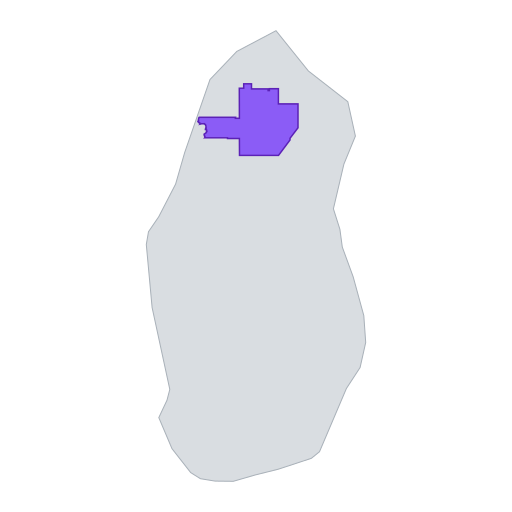 76, Al Khawr, Qatar (highlighted)
{"feature_id": "91078587B47360643234421", "entity_name": "76", "entity_type": "district", "adm_level": 2, "iso_a3": "QAT", "parent_name": "Qatar", "parent_adm1": "Al Khawr", "projection": "albers", "projection_center": [51.019, 25.84], "detail": "fine", "context": "in_parent", "style": "filled", "palette": "violet", "viewbox_px": 512, "rotation_deg": 0, "n_neighbors": 0, "source": "geoboundaries", "source_scale": "gbopen_adm2", "svg_char_len": 2087}
<svg xmlns="http://www.w3.org/2000/svg" viewBox="0 0 512 512"><path d="M278.3,469.2L255.1,475.0L233.3,481.3L215.1,481.1L200.4,478.7L190.7,472.6L172.0,448.7L158.8,417.6L167.0,400.2L169.8,389.4L152.1,307.5L146.3,244.5L148.5,231.7L158.7,216.8L175.6,184.1L184.7,152.5L210.0,79.5L236.8,51.4L276.0,30.7L308.4,71.0L347.8,101.7L355.4,136.1L343.9,164.1L333.4,208.8L339.9,229.3L342.3,247.1L353.2,276.9L363.8,315.6L365.7,342.5L360.1,367.5L346.4,388.5L319.5,451.7L311.4,458.3L278.3,469.2Z" fill="#d9dde1" stroke="#a8b0b8" stroke-width="1"/><path d="M298.0,103.9L289.1,103.9L278.4,103.9L278.4,88.7L269.4,88.7L269.4,90.6L268.1,90.6L268.1,88.9L264.4,88.9L251.5,88.9L251.5,83.8L243.7,83.8L243.7,88.2L239.3,88.2L239.4,118.3L235.4,118.3L235.6,117.3L199.3,117.3L199.1,117.4L199.0,117.8L198.9,117.8L198.7,118.0L198.6,118.6L198.6,119.1L198.5,119.5L198.4,119.8L198.5,120.3L198.6,120.5L198.6,121.4L197.9,121.4L197.9,121.5L198.0,121.5L198.6,121.5L198.6,121.8L198.5,122.1L198.5,122.3L198.7,122.6L198.9,122.7L199.6,122.8L199.6,123.0L199.8,123.0L199.9,123.7L200.1,123.8L200.4,123.8L200.5,124.0L200.4,124.1L200.9,124.0L201.6,123.7L203.2,123.8L203.4,123.8L203.5,123.7L204.1,123.7L204.1,123.8L204.3,123.8L204.3,124.0L204.6,124.1L205.0,124.3L205.1,124.5L205.3,124.5L205.4,124.8L205.7,125.0L205.7,125.6L205.8,125.7L205.9,125.8L206.1,127.6L205.9,127.7L205.9,127.8L206.1,127.9L206.1,128.1L205.9,128.2L205.7,128.3L205.7,128.5L205.9,128.5L206.1,128.7L206.0,129.1L205.6,129.1L205.6,129.4L205.4,129.4L205.4,129.5L205.7,129.5L205.9,129.8L206.6,129.9L206.7,130.5L206.7,131.0L206.8,131.1L206.9,131.4L206.8,131.6L206.7,131.8L206.5,132.1L206.3,132.0L206.2,132.3L206.1,132.5L205.9,132.8L205.8,133.1L205.6,133.1L205.4,133.3L204.9,133.6L204.8,133.8L204.7,133.8L204.2,134.0L204.1,134.3L204.1,134.7L204.2,134.9L204.2,135.0L204.2,135.3L204.3,135.4L204.6,135.7L204.7,136.0L204.6,136.4L204.8,136.7L204.8,136.8L205.0,136.9L205.0,137.2L205.0,137.6L204.8,137.8L227.5,137.8L227.5,138.5L239.4,138.5L239.5,155.4L278.5,155.4L290.0,140.0L290.0,138.3L298.0,127.8L298.0,126.5L298.0,103.9Z" fill="#8b5cf6" stroke="#5b21b6" stroke-width="1.5"/></svg>